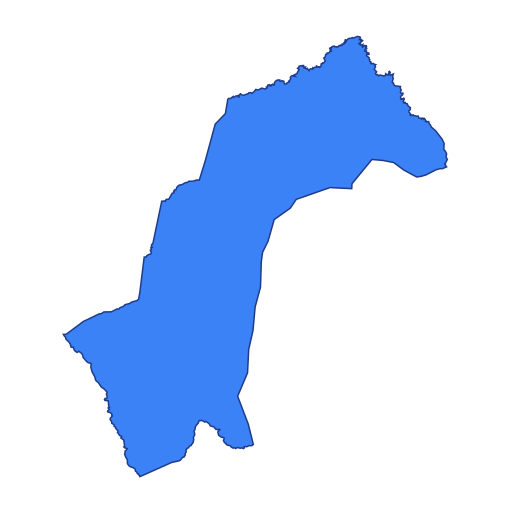 the district of Bunkpurugu Nakpanduri, Northern, Ghana, rotated 266°
{"feature_id": "2480657B78318361422462", "entity_name": "Bunkpurugu Nakpanduri", "entity_type": "district", "adm_level": 2, "iso_a3": "GHA", "parent_name": "Ghana", "parent_adm1": "Northern", "projection": "mercator", "projection_center": [0.012, 10.509], "detail": "fine", "context": "isolated", "style": "filled", "palette": "blue", "viewbox_px": 512, "rotation_deg": 266, "n_neighbors": 0, "source": "geoboundaries", "source_scale": "gbopen_adm2", "svg_char_len": 5999}
<svg xmlns="http://www.w3.org/2000/svg" viewBox="0 0 512 512"><g transform="rotate(266 256 256)"><path d="M463.5,359.4L462.2,359.5L462.5,358.6L461.2,358.3L461.4,356.7L460.2,356.5L460.5,355.1L460.0,355.1L460.1,353.5L459.1,352.9L459.2,351.9L458.7,351.1L459.3,350.4L459.1,349.3L460.0,348.7L459.5,346.3L458.3,345.7L458.6,344.8L458.1,344.0L456.5,344.5L456.8,345.1L455.0,345.4L455.1,344.0L454.1,343.5L453.3,342.3L453.6,341.2L452.4,340.7L452.2,339.6L449.6,338.8L448.8,337.4L445.6,338.7L443.8,336.8L444.0,335.9L443.3,335.7L443.1,334.4L441.4,334.2L440.1,333.5L439.8,332.3L440.4,332.2L440.4,330.9L441.3,329.6L440.3,329.5L440.0,327.4L438.8,325.9L439.6,325.7L438.6,325.0L439.0,323.7L438.1,322.1L437.3,321.8L439.6,320.2L439.1,319.7L440.0,318.0L441.0,318.5L440.6,316.9L441.6,316.9L442.1,316.0L442.5,316.7L442.8,316.4L442.4,312.3L441.7,312.2L440.3,310.5L439.0,312.1L436.3,310.1L435.4,310.0L433.8,306.4L432.5,307.5L433.4,304.5L432.6,303.3L431.5,302.7L430.9,303.1L428.4,301.6L428.2,300.9L427.3,301.3L426.5,298.9L425.6,298.4L425.6,296.6L427.0,295.9L428.3,296.1L429.1,293.8L428.5,293.0L429.0,291.8L429.9,292.0L430.1,290.4L429.7,288.6L428.0,286.7L426.8,286.2L425.5,286.4L425.4,285.2L426.2,284.5L425.4,283.0L424.9,283.2L424.5,282.5L425.4,281.9L425.2,281.3L425.9,281.4L425.6,279.6L423.5,278.8L423.6,278.1L422.6,278.4L421.9,276.7L423.1,273.6L421.5,269.7L422.2,267.4L420.5,266.0L418.5,263.3L419.3,262.3L419.4,260.4L418.4,259.3L417.2,254.7L417.7,253.0L418.9,251.8L417.5,250.1L415.8,250.2L415.9,249.5L417.2,248.9L416.9,246.7L415.7,245.0L416.0,244.3L416.7,244.2L414.9,241.7L415.1,239.7L414.3,238.8L400.2,235.4L390.4,224.5L355.0,212.2L335.6,204.7L336.0,202.1L335.0,198.5L335.3,194.3L334.2,192.8L334.1,190.8L332.2,186.7L332.2,185.0L331.6,183.4L329.9,181.7L327.7,180.8L327.6,179.4L326.4,178.4L325.9,179.0L324.7,178.3L324.5,176.8L318.8,173.0L318.7,170.3L316.8,169.2L317.3,168.5L317.2,165.8L276.0,154.1L274.9,153.5L274.8,152.7L272.6,152.3L271.8,153.0L271.5,151.7L269.7,152.1L269.2,151.0L268.7,151.0L266.5,151.9L265.2,151.0L265.1,149.3L263.9,147.1L262.7,146.5L262.8,144.4L226.9,137.4L221.0,135.8L219.9,134.2L218.6,128.4L217.5,127.0L216.6,122.1L215.0,120.1L213.9,116.7L212.7,115.6L212.8,113.4L210.4,107.8L210.8,100.4L209.3,97.7L209.2,95.5L202.7,79.1L191.1,61.1L191.3,58.4L189.4,59.3L188.2,60.4L186.1,60.7L183.6,63.1L180.8,64.7L178.3,65.0L177.7,65.9L177.9,67.2L174.7,68.2L173.3,69.4L172.3,70.9L173.3,72.6L171.1,75.1L169.3,76.1L166.9,76.5L163.3,79.1L161.6,80.6L160.2,84.0L156.4,83.5L151.6,84.5L146.9,86.7L143.9,87.2L142.2,88.1L141.0,89.7L136.0,92.6L133.5,95.7L130.9,97.7L130.2,97.9L128.5,97.1L127.0,97.6L124.6,97.5L124.2,96.4L124.5,95.6L123.3,94.8L122.4,95.3L121.9,98.4L121.5,98.5L116.5,98.6L115.3,99.2L114.7,97.9L113.2,99.0L111.8,97.2L111.2,97.1L110.4,97.8L110.1,99.4L108.7,101.1L107.4,100.9L106.5,101.6L104.3,99.3L102.8,99.1L101.3,100.3L99.1,100.5L97.7,102.6L95.8,102.6L95.3,103.9L93.6,104.1L91.2,106.2L89.4,105.5L88.9,106.2L86.6,107.3L85.3,109.5L83.9,108.5L81.7,111.2L75.5,111.7L74.8,110.8L73.9,111.5L72.8,114.0L71.7,113.3L70.7,111.9L67.2,111.2L64.2,112.1L61.9,113.4L57.7,113.3L55.7,114.6L54.4,116.1L53.6,118.4L52.1,120.4L49.7,120.8L48.9,121.9L47.3,122.4L47.0,123.5L46.1,123.4L45.3,124.5L44.0,124.8L55.9,157.4L57.1,165.2L57.9,166.7L60.2,168.6L60.4,170.1L62.5,171.6L63.8,171.6L65.4,172.7L67.8,172.7L68.3,173.6L69.0,173.8L69.4,175.4L70.9,176.2L71.4,177.9L74.4,180.3L77.4,181.1L79.4,180.8L81.2,182.1L82.7,182.5L85.7,181.9L86.7,182.8L90.5,183.9L93.6,187.0L94.8,187.1L95.9,188.4L95.5,189.4L95.9,190.3L93.9,193.3L94.5,194.5L91.9,197.6L89.7,198.6L88.5,202.0L85.7,204.0L85.8,205.3L85.4,205.8L85.8,206.6L85.4,207.8L83.2,205.6L79.8,206.2L77.8,208.6L76.9,211.4L75.8,211.5L74.4,210.6L72.0,211.5L71.3,213.0L70.5,212.9L69.4,214.1L68.5,217.2L67.3,217.8L66.0,219.7L66.1,221.8L65.4,222.2L66.3,224.6L65.3,226.7L65.6,228.6L64.8,229.8L65.2,230.8L66.7,231.0L66.4,233.6L67.2,235.7L67.1,238.4L68.1,240.2L88.7,236.6L117.4,227.9L140.0,239.4L163.3,242.2L181.9,247.8L205.3,251.6L224.6,258.3L250.0,260.9L259.4,262.9L269.8,269.0L291.1,276.7L301.3,293.5L309.7,300.1L319.1,334.6L316.5,356.2L321.4,356.8L344.2,378.4L342.4,389.6L339.6,399.9L331.1,409.9L323.6,421.8L324.0,426.7L325.1,431.4L329.4,441.4L330.3,445.5L330.1,448.1L331.6,452.2L332.2,451.4L333.3,451.7L334.7,450.6L335.4,451.5L339.0,453.6L341.6,452.5L344.8,453.3L347.3,452.2L349.2,450.8L355.2,451.5L359.6,449.8L368.4,443.9L372.4,439.9L374.6,439.1L375.9,438.0L378.1,437.6L378.0,435.4L378.6,435.2L378.5,434.5L379.4,434.7L381.3,433.7L380.6,432.8L381.9,432.2L381.1,430.7L381.9,430.6L382.1,428.3L384.4,427.4L384.2,426.3L385.0,423.4L385.9,422.5L385.3,421.6L385.8,421.1L385.9,420.6L385.4,420.3L385.8,419.7L386.9,420.1L389.0,418.6L390.3,418.7L391.1,420.0L393.2,420.4L395.1,418.2L397.3,417.5L397.9,415.7L399.4,415.4L398.3,415.1L398.7,413.8L400.5,413.9L402.3,414.9L403.2,414.4L402.4,413.2L402.7,412.5L402.1,412.0L402.2,411.5L403.0,411.6L404.0,411.1L405.3,411.7L406.3,413.2L407.7,414.0L408.3,413.8L408.0,412.2L408.9,411.6L409.9,411.5L411.2,412.5L413.9,411.5L415.0,412.0L416.1,406.5L417.9,405.1L418.8,405.3L419.7,404.0L423.6,405.3L425.5,404.8L428.0,405.7L426.9,402.7L428.9,402.1L429.7,402.7L430.9,402.0L430.5,401.4L429.5,401.6L428.3,400.7L427.3,400.6L427.5,399.7L428.8,398.0L427.2,397.8L426.6,396.5L427.9,392.4L427.2,390.9L428.6,389.8L428.4,389.0L429.1,388.0L429.9,388.0L431.3,389.2L434.0,387.0L436.6,388.4L438.0,387.9L438.6,388.7L438.9,387.5L439.8,386.6L439.9,384.0L441.4,384.3L442.5,382.8L444.0,383.2L445.0,382.5L445.9,382.7L448.2,380.1L449.6,380.8L449.1,382.5L449.5,382.9L450.7,382.6L451.0,380.6L452.9,380.5L452.4,379.2L453.0,378.7L455.0,379.6L454.9,380.7L455.5,381.0L457.0,379.9L457.5,380.9L458.1,380.7L458.4,378.2L456.9,377.0L457.3,376.6L459.4,377.2L459.0,376.6L459.3,375.0L459.9,375.2L460.3,373.6L461.2,373.9L461.6,375.4L463.0,375.5L462.8,376.7L463.4,377.4L464.6,376.1L464.7,374.2L466.5,375.4L467.3,375.0L468.0,372.4L466.5,368.2L467.2,367.4L466.5,365.7L466.6,364.0L465.8,362.5L464.3,361.1L465.2,360.9L465.5,360.2L465.0,359.9L463.4,360.5L463.5,359.4Z" fill="#3b82f6" stroke="#1e3a8a" stroke-width="1.5"/></g></svg>